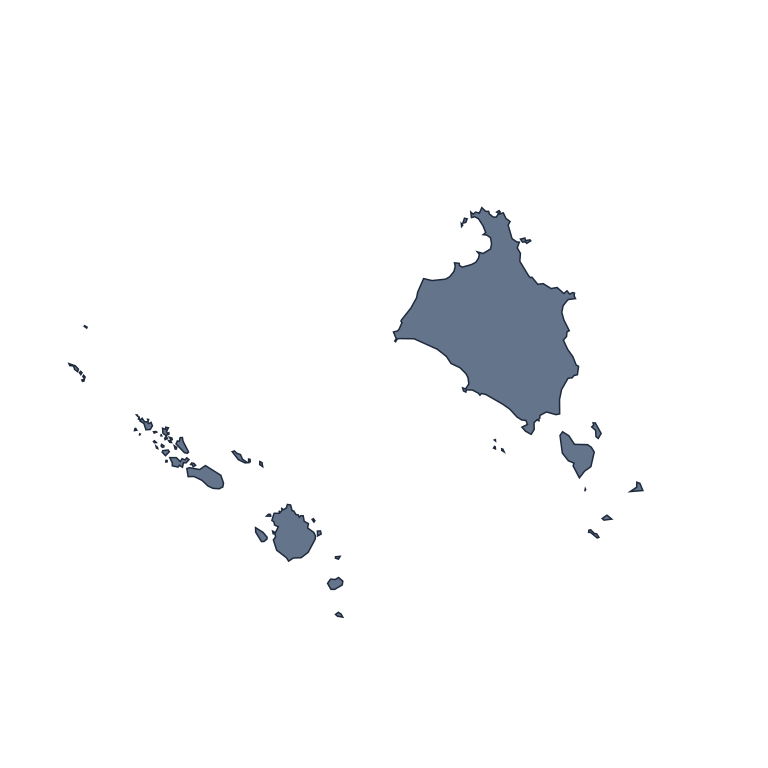 Ko Samui, Surat Thani, Thailand, rotated 310°
{"feature_id": "78962969B93430934816346", "entity_name": "Ko Samui", "entity_type": "district", "adm_level": 2, "iso_a3": "THA", "parent_name": "Thailand", "parent_adm1": "Surat Thani", "projection": "robinson", "projection_center": [99.825, 9.553], "detail": "fine", "context": "isolated", "style": "filled", "palette": "slate", "viewbox_px": 768, "rotation_deg": 310, "n_neighbors": 0, "source": "geoboundaries", "source_scale": "gbopen_adm2", "svg_char_len": 6225}
<svg xmlns="http://www.w3.org/2000/svg" viewBox="0 0 768 768"><g transform="rotate(310 384 384)"><path d="M571.5,340.0L567.7,344.0L570.5,346.0L571.3,350.2L568.9,358.0L565.4,364.6L562.2,364.0L564.1,366.9L564.5,371.6L560.5,376.3L555.9,378.8L547.7,376.0L545.2,370.5L544.6,373.8L541.0,375.5L536.3,376.1L531.7,374.2L523.9,368.9L523.2,365.7L524.8,364.1L522.1,360.1L520.1,362.8L515.4,365.2L508.5,365.4L503.9,363.8L494.1,354.3L490.2,346.6L476.1,350.7L471.1,353.5L459.3,355.8L444.5,356.2L443.0,356.6L442.6,358.3L435.8,360.3L433.4,360.3L429.9,357.8L426.6,364.2L423.8,364.6L423.8,365.7L427.1,365.2L429.1,367.1L438.0,378.0L444.9,402.6L445.2,414.2L442.8,422.2L445.3,431.8L444.6,440.1L442.9,444.2L438.5,449.0L432.6,449.6L431.6,446.7L429.8,449.3L430.4,451.9L432.5,450.9L436.2,455.6L437.6,462.1L437.1,464.7L439.4,464.8L441.4,468.7L444.8,487.6L445.6,496.5L444.2,507.1L445.0,512.7L447.3,516.1L445.2,519.9L439.6,517.4L438.8,522.7L440.0,529.1L445.7,528.3L450.8,523.8L454.9,524.2L455.5,527.1L455.5,524.8L457.5,525.5L460.2,523.7L467.0,526.4L471.0,535.4L474.0,537.8L485.0,528.4L493.9,523.6L506.8,521.3L509.6,524.1L512.6,524.1L515.4,526.2L522.6,521.7L522.1,518.9L526.3,511.2L528.6,502.4L532.9,493.2L537.8,493.3L541.6,490.6L543.9,491.7L548.7,480.6L553.2,474.1L559.1,470.9L565.2,470.7L567.2,470.9L572.5,475.8L573.7,473.0L576.1,471.5L575.3,469.7L572.2,468.5L573.0,464.3L568.9,463.6L569.2,454.6L564.5,450.6L563.2,441.4L559.2,437.7L560.9,428.7L559.6,427.8L559.7,425.7L565.3,409.2L571.8,404.5L573.9,398.6L579.7,396.5L578.2,394.5L577.7,388.6L585.5,377.0L589.5,376.1L589.2,371.0L591.8,365.4L587.2,362.3L584.0,362.7L582.1,360.4L582.0,355.4L583.5,353.2L581.6,350.9L582.0,345.6L576.2,347.2L574.5,343.6L571.4,343.2L571.5,340.0ZM214.3,382.9L207.4,385.8L207.6,388.4L205.6,390.8L206.7,394.8L199.3,396.6L197.1,399.3L193.5,399.4L187.7,408.6L188.2,421.0L187.0,424.8L192.4,426.4L197.7,432.2L206.3,434.1L220.7,431.1L223.5,429.4L225.2,425.6L224.6,418.0L228.5,415.9L227.5,411.2L231.1,406.8L229.7,404.9L227.5,404.7L228.6,402.4L227.4,400.6L228.7,396.4L227.9,395.1L231.3,390.2L229.6,387.4L226.6,388.8L223.3,388.0L222.9,385.7L221.5,387.1L217.8,387.0L214.3,382.9ZM462.2,551.5L457.7,551.9L445.7,565.0L443.7,574.6L445.5,580.4L442.8,581.5L437.7,594.0L446.1,593.7L453.7,595.6L467.0,588.8L468.8,583.5L468.4,578.9L460.2,568.7L463.2,558.9L462.2,551.5ZM194.9,288.8L192.5,287.3L187.1,293.5L191.0,297.9L193.2,306.5L192.7,314.9L194.2,320.2L197.8,325.1L201.6,326.7L204.9,324.8L209.2,317.7L206.7,299.6L200.0,297.8L194.9,288.8ZM203.2,481.2L206.5,479.2L206.6,473.6L202.9,472.3L200.2,468.5L195.0,468.9L192.6,475.3L194.9,478.2L203.2,481.2ZM193.7,277.8L194.1,272.2L189.9,267.2L187.4,272.6L185.2,274.4L187.9,279.6L190.2,279.5L190.7,283.1L194.8,281.0L196.3,283.0L200.7,283.3L200.7,280.4L197.9,280.3L197.0,277.3L193.7,277.8ZM213.4,264.0L211.9,262.3L208.5,264.0L207.5,262.3L204.4,263.2L203.1,275.3L204.5,277.9L206.3,278.0L211.0,266.8L213.4,264.0ZM190.0,394.0L191.5,392.9L192.6,386.7L191.4,377.9L188.0,381.0L184.5,391.4L186.2,393.3L190.0,394.0ZM490.0,570.8L488.6,569.1L487.3,571.0L484.6,570.7L484.5,575.9L479.9,580.3L480.0,583.1L485.7,582.1L490.0,570.8ZM202.3,220.7L198.8,220.8L199.4,225.5L195.9,231.1L198.9,234.2L203.1,233.5L204.9,230.2L202.5,229.4L202.5,226.5L201.2,224.8L202.3,220.7ZM472.4,643.8L471.3,640.8L467.3,643.9L459.8,641.7L468.8,650.8L472.4,643.8ZM236.1,330.2L235.4,324.0L237.7,319.4L236.3,315.6L236.6,312.5L234.6,311.2L232.4,321.1L234.2,328.2L236.1,330.2ZM208.9,245.9L207.8,242.8L204.2,246.3L204.3,249.9L207.3,251.5L208.4,250.5L207.1,249.7L207.9,247.9L211.9,247.0L210.6,244.6L208.9,245.9ZM426.9,645.3L426.8,639.1L421.2,637.6L421.1,640.0L426.9,645.3ZM194.1,263.1L194.7,261.1L190.8,257.4L189.2,257.9L188.6,262.7L194.1,263.1ZM586.4,398.1L582.7,395.4L581.7,398.9L583.9,401.2L583.4,402.9L588.0,404.4L588.3,403.2L584.8,400.2L586.4,398.1ZM404.7,647.2L405.9,643.2L404.7,641.1L405.2,636.0L403.7,634.9L401.9,636.1L403.1,637.7L403.1,646.3L404.7,647.2ZM199.5,135.9L197.1,129.5L196.1,131.4L198.2,134.6L196.3,137.7L196.5,141.4L198.9,140.5L199.5,135.9ZM179.7,495.7L176.3,495.0L176.2,497.6L178.9,502.3L180.2,499.0L179.7,495.7ZM228.7,432.3L230.6,429.8L228.5,427.5L225.0,430.8L228.7,432.3ZM562.7,339.1L557.9,341.0L560.4,342.8L564.0,341.5L562.7,339.1ZM242.7,344.2L245.4,341.0L244.8,338.7L242.4,340.6L242.7,344.2ZM199.9,287.4L198.0,287.6L198.9,289.2L198.0,290.9L200.6,292.0L201.0,289.4L199.9,287.4ZM223.8,461.2L220.5,457.9L219.4,458.7L220.5,461.7L223.8,461.2ZM209.9,382.2L211.1,380.9L210.0,379.2L207.3,378.9L209.9,382.2ZM204.0,250.8L201.4,250.9L200.7,252.1L203.0,253.2L204.0,250.8ZM235.4,416.4L234.0,416.0L233.2,419.1L234.9,418.9L235.4,416.4ZM200.7,266.8L202.2,265.9L201.9,263.0L199.9,265.9L200.7,266.8ZM194.8,252.4L193.2,253.1L193.0,255.0L194.3,255.8L195.2,255.3L194.8,252.4ZM198.7,143.4L196.9,143.4L196.3,145.7L198.6,145.4L198.7,143.4ZM240.2,329.8L239.5,328.5L237.0,330.6L238.4,331.6L240.2,329.8ZM590.8,360.7L588.1,359.8L588.6,362.3L590.5,362.4L590.8,360.7ZM202.6,258.9L203.5,256.8L202.2,255.3L201.6,257.3L202.6,258.9ZM205.3,257.6L206.3,256.2L205.2,253.8L204.3,257.0L205.3,257.6ZM197.6,148.2L196.2,148.4L195.5,151.2L197.3,150.5L197.6,148.2ZM409.2,519.7L410.5,516.9L410.0,515.8L408.8,516.9L409.2,519.7ZM190.4,222.3L189.6,221.9L187.9,222.8L189.7,224.3L190.4,222.3ZM199.0,396.4L200.1,394.9L199.7,393.2L198.0,395.5L199.0,396.4ZM199.3,238.1L198.7,239.5L201.1,240.8L201.1,239.9L199.3,238.1ZM405.9,511.1L407.4,509.6L407.2,508.8L405.3,509.1L405.9,511.1ZM236.7,120.0L236.2,117.2L235.5,117.2L235.7,120.3L236.7,120.0ZM193.6,152.3L194.6,151.1L192.8,149.9L192.2,151.4L193.6,152.3ZM554.5,342.2L556.3,342.2L556.6,340.1L554.5,342.2ZM192.8,247.2L193.0,244.7L191.8,244.3L191.4,245.9L192.8,247.2ZM189.1,252.2L189.9,251.0L189.9,249.2L188.7,250.9L189.1,252.2ZM185.0,267.9L186.0,267.0L185.3,266.1L184.0,267.0L185.0,267.9ZM200.4,220.2L199.2,217.7L199.7,220.4L200.4,220.2ZM188.8,228.9L187.3,229.8L189.0,229.5L188.8,228.9ZM200.8,216.9L201.7,214.9L201.2,214.3L200.8,216.9ZM412.0,506.1L413.0,505.1L412.0,504.5L412.0,506.1ZM201.4,247.1L202.2,245.5L200.9,246.5L201.4,247.1ZM430.9,606.8L432.9,606.2L433.2,605.5L430.9,606.8ZM203.9,227.3L205.5,226.5L205.0,225.6L203.9,227.3ZM200.6,218.3L201.8,217.2L200.4,218.0L200.6,218.3ZM218.1,386.9L219.2,385.8L219.4,385.0L218.1,386.9Z" fill="#64748b" stroke="#1e293b" stroke-width="1.5"/></g></svg>